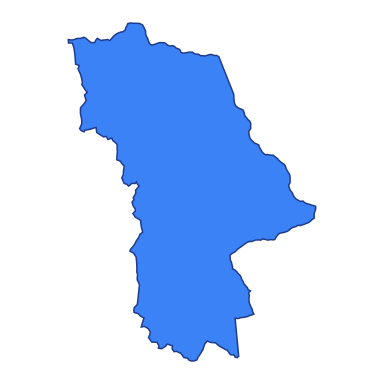 outline of Paranhos, Mato Grosso do Sul, Brazil
{"feature_id": "56859067B31129416768882", "entity_name": "Paranhos", "entity_type": "district", "adm_level": 2, "iso_a3": "BRA", "parent_name": "Brazil", "parent_adm1": "Mato Grosso do Sul", "projection": "mercator", "projection_center": [-55.352, -23.726], "detail": "fine", "context": "isolated", "style": "filled", "palette": "blue", "viewbox_px": 384, "rotation_deg": 0, "n_neighbors": 0, "source": "geoboundaries", "source_scale": "gbopen_adm2", "svg_char_len": 4440}
<svg xmlns="http://www.w3.org/2000/svg" viewBox="0 0 384 384"><path d="M68.3,39.5L68.5,43.0L72.3,43.0L73.9,47.7L74.7,52.9L75.1,57.2L75.6,64.2L79.2,65.5L78.0,68.8L79.1,71.2L80.0,73.2L80.9,75.5L82.4,82.1L81.8,84.6L83.9,87.7L85.1,89.7L87.2,92.3L84.5,95.0L86.1,100.4L84.6,103.1L80.5,107.8L80.4,113.4L81.6,119.1L81.8,123.6L80.7,126.2L79.6,128.7L81.1,130.5L84.0,131.9L85.0,130.3L90.6,129.1L96.1,127.4L96.7,132.5L103.6,136.9L106.3,136.5L108.0,139.5L111.7,138.1L112.9,140.7L115.1,142.3L117.1,144.5L117.1,149.3L117.4,151.3L117.0,155.4L116.8,159.8L120.2,161.1L122.0,163.8L124.2,165.9L123.5,171.0L123.2,174.9L121.8,177.9L123.0,180.9L124.1,183.4L127.3,184.5L128.4,186.1L130.1,185.1L131.6,183.4L135.0,183.5L136.4,182.0L137.1,183.7L139.1,186.1L135.6,190.1L135.8,193.4L133.2,197.7L134.0,199.7L132.0,202.2L133.1,205.8L135.2,208.9L135.4,210.9L132.9,213.5L135.2,217.0L140.6,220.3L140.8,222.9L141.4,227.5L142.3,230.4L142.7,232.3L139.8,234.3L138.8,237.3L136.4,240.7L134.6,244.3L132.2,247.5L130.9,248.9L129.8,251.0L132.1,252.4L133.6,253.1L136.1,257.0L136.3,259.0L136.7,263.6L136.9,267.5L136.8,272.2L137.6,274.5L137.2,277.9L137.3,280.1L138.5,282.3L139.5,285.1L139.1,287.5L138.9,290.1L138.7,292.3L138.3,295.6L138.1,298.1L137.7,301.1L137.3,304.5L135.7,306.1L134.2,307.6L133.9,310.5L134.0,312.3L135.7,313.0L138.1,313.5L139.8,315.4L141.1,316.5L144.0,318.0L142.9,321.3L141.2,327.0L144.5,326.4L148.3,328.6L150.3,332.0L149.7,334.9L148.5,337.5L151.8,342.1L157.0,342.3L159.0,345.8L158.4,348.2L161.8,348.7L163.3,347.7L165.7,346.2L167.2,344.0L172.5,345.9L172.1,348.8L174.1,351.7L176.4,351.3L179.2,352.7L180.8,353.2L184.0,357.6L187.4,358.1L189.2,360.3L191.4,361.0L193.9,361.0L196.8,360.0L198.0,357.2L200.4,353.8L202.8,349.9L204.7,344.0L207.4,341.0L210.5,342.4L215.6,342.9L219.0,345.9L224.9,349.2L227.2,350.3L230.4,354.7L232.3,354.8L234.3,355.2L235.0,357.0L237.0,357.7L238.7,356.3L235.1,318.2L238.2,318.6L240.9,317.6L244.2,317.3L246.7,316.7L248.7,316.1L250.1,315.2L251.9,314.9L253.9,314.1L252.7,311.9L252.3,309.5L251.2,307.4L250.2,305.0L249.4,303.2L249.0,300.9L249.0,298.4L249.3,295.7L248.7,292.6L250.5,290.9L248.2,289.8L247.4,287.7L245.5,285.6L243.7,283.3L243.1,281.5L241.8,279.5L240.8,276.5L239.7,275.0L238.1,273.5L236.8,271.7L234.4,269.6L232.6,269.0L232.5,266.6L231.9,264.5L231.5,262.4L230.3,259.9L230.0,255.1L232.1,253.5L233.8,252.5L235.4,251.5L237.3,249.5L239.7,247.6L241.7,246.3L243.9,244.7L246.2,242.9L249.2,241.5L251.8,241.5L253.5,240.9L255.3,240.1L258.3,239.9L260.9,240.1L262.3,239.0L264.7,239.3L267.8,240.1L270.7,239.6L273.0,239.9L274.8,239.5L276.0,237.3L277.8,234.8L279.9,233.1L282.1,232.8L284.0,232.4L287.2,231.4L289.4,230.0L290.7,228.5L293.3,227.2L296.0,226.6L298.1,225.1L300.2,225.6L302.2,224.9L304.7,224.1L307.1,223.1L308.8,222.5L310.2,221.4L312.5,219.2L314.2,218.2L314.1,215.2L314.5,212.5L315.6,209.4L315.7,206.3L313.0,205.4L310.2,204.6L307.6,203.8L305.1,203.0L303.0,201.1L300.1,201.3L297.9,200.1L295.4,198.5L293.6,196.0L292.4,193.1L290.8,190.9L289.7,189.2L289.2,187.4L288.7,185.0L290.0,183.0L290.1,180.9L290.0,178.9L290.1,177.1L289.7,174.7L288.3,172.4L287.0,170.4L286.1,168.4L285.5,166.2L284.3,164.4L282.4,163.2L280.8,162.0L279.1,160.6L277.5,158.6L275.1,156.7L272.9,155.1L271.0,155.2L269.1,154.9L267.3,154.5L265.2,154.6L263.6,153.5L261.9,151.6L260.8,149.6L259.6,147.7L258.7,144.9L256.1,143.7L254.2,142.9L253.0,141.5L251.2,139.9L249.8,137.8L249.2,134.8L248.7,131.4L250.7,128.6L250.6,125.7L250.8,123.5L249.7,121.1L247.9,119.6L246.3,117.5L244.8,115.7L244.1,112.5L243.3,110.3L241.7,109.2L239.7,108.6L238.0,107.7L236.0,106.1L235.0,104.4L234.4,102.6L234.0,99.6L233.8,96.5L233.7,94.2L218.8,56.7L216.5,55.4L214.3,55.5L212.6,54.9L211.0,54.4L208.9,54.8L204.9,56.0L202.9,55.7L200.5,55.7L198.5,54.2L196.2,54.1L194.5,53.8L192.4,52.1L188.7,52.2L185.5,52.9L183.0,53.2L180.9,52.2L179.7,49.6L178.2,48.8L176.3,48.2L174.3,46.3L172.5,45.6L170.3,46.1L167.6,45.2L165.7,43.4L163.7,42.6L161.3,42.6L159.1,42.7L156.7,43.6L154.7,44.3L152.7,44.9L150.4,44.6L149.1,42.8L148.4,40.6L147.5,38.1L146.4,36.3L145.7,34.1L145.6,31.2L144.6,28.9L143.8,27.1L142.5,24.9L139.4,23.4L136.0,23.3L132.8,23.2L130.0,23.0L127.8,23.6L127.1,25.5L125.8,27.5L125.3,29.8L122.8,31.8L120.7,32.1L118.8,32.8L116.7,33.7L115.0,35.0L113.6,36.1L111.8,38.3L109.9,40.5L107.5,39.5L105.6,39.9L103.2,40.0L101.6,40.5L99.7,39.8L97.3,38.3L95.9,40.0L94.7,42.5L92.6,42.8L90.3,42.1L87.8,40.0L86.1,38.4L83.8,37.2L81.8,38.0L80.2,38.4L77.1,38.4L73.7,39.8L71.2,40.0L68.3,39.5Z" fill="#3b82f6" stroke="#1e3a8a" stroke-width="1.5"/></svg>